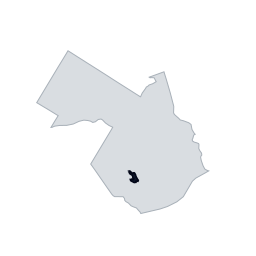 location of Momostenango, Totonicapán, Guatemala, rotated 301°
{"feature_id": "79465075B37040053715230", "entity_name": "Momostenango", "entity_type": "district", "adm_level": 2, "iso_a3": "GTM", "parent_name": "Guatemala", "parent_adm1": "Totonicapán", "projection": "equal_earth", "projection_center": [-91.39, 15.11], "detail": "fine", "context": "in_parent", "style": "filled", "palette": "ink", "viewbox_px": 256, "rotation_deg": 301, "n_neighbors": 0, "source": "geoboundaries", "source_scale": "gbopen_adm2", "svg_char_len": 3446}
<svg xmlns="http://www.w3.org/2000/svg" viewBox="0 0 256 256"><g transform="rotate(301 128 128)"><path d="M61.3,183.0L62.1,181.8L62.9,179.1L63.8,176.4L63.2,173.3L62.9,170.7L63.9,167.0L63.8,164.2L64.3,162.5L65.8,161.3L66.6,159.2L62.3,151.9L62.3,150.2L62.9,148.2L66.4,140.3L70.6,131.0L75.2,120.8L77.9,114.6L88.0,114.6L94.7,114.6L103.1,114.6L112.3,114.6L118.4,114.6L120.8,114.5L120.4,110.5L120.7,106.1L121.8,102.0L121.8,100.3L120.0,98.1L116.5,96.8L114.6,94.9L114.6,92.5L113.7,89.6L112.0,86.1L108.5,82.6L103.2,79.0L98.7,74.1L95.0,68.1L91.8,64.2L89.4,62.5L88.8,61.7L95.9,61.7L102.6,61.8L102.7,53.1L102.7,45.4L102.7,36.7L114.9,36.7L129.4,36.7L144.5,36.7L156.3,36.8L163.3,36.8L163.0,47.6L162.7,60.1L162.5,69.3L162.2,81.6L161.8,94.2L161.4,111.4L161.1,122.5L161.3,122.7L165.2,122.2L171.1,122.7L172.5,122.6L174.3,123.6L175.7,123.9L178.7,126.4L182.2,128.3L184.5,124.5L183.3,122.2L182.4,121.0L182.5,120.0L194.7,129.9L193.3,131.4L190.2,134.9L184.6,141.0L179.6,146.4L174.8,151.3L170.5,155.7L169.9,156.2L164.4,159.3L163.5,160.8L162.3,167.0L161.8,168.6L162.8,172.0L163.8,177.4L163.5,180.2L159.7,183.6L157.9,186.8L157.2,188.8L156.5,188.2L155.3,188.1L152.6,188.9L151.2,189.0L150.1,189.9L150.0,191.9L150.8,195.0L151.0,196.6L150.3,197.4L146.9,199.2L145.6,201.1L144.3,204.0L142.8,205.2L141.3,205.0L140.2,205.4L137.8,207.6L134.3,211.8L132.4,214.9L132.4,217.2L132.8,219.3L119.9,211.9L115.6,210.6L97.6,210.8L89.9,207.9L81.1,202.3L75.1,197.2L61.3,183.0Z" fill="#d9dde1" stroke="#a8b0b8" stroke-width="1"/><path d="M90.3,152.6L90.2,152.6L90.2,152.8L90.0,153.0L89.9,153.1L89.7,153.1L89.7,153.4L89.6,155.3L89.6,155.6L89.6,156.1L89.6,156.3L89.5,156.5L89.4,156.5L89.1,156.6L89.0,156.8L88.9,157.0L88.6,157.2L88.4,157.3L88.2,157.4L88.1,157.5L88.0,157.8L87.9,158.5L87.8,158.9L87.7,158.9L87.5,159.0L87.3,159.1L87.1,159.2L87.0,159.3L86.9,159.3L86.7,159.3L86.4,159.0L86.4,158.9L86.5,158.7L86.7,158.4L86.7,158.1L86.5,157.9L86.4,157.7L86.2,157.8L86.1,158.0L85.8,157.9L85.7,157.9L85.6,157.7L85.6,157.3L85.6,157.2L85.4,156.8L85.3,156.7L85.1,156.4L84.6,157.0L84.3,157.3L84.2,157.4L84.2,157.5L84.2,158.0L84.2,158.4L84.2,158.9L84.3,159.4L84.3,159.9L84.3,160.8L84.4,161.2L84.4,161.3L84.5,161.4L84.5,161.6L84.9,162.0L85.0,162.1L85.1,162.3L85.3,162.5L85.4,162.8L85.5,162.9L85.8,162.8L85.9,162.4L86.0,162.2L86.4,162.0L86.6,162.0L86.8,162.1L86.9,162.3L87.0,162.5L87.0,163.0L87.1,163.4L87.2,163.5L87.3,163.9L87.5,163.9L87.5,164.0L88.0,164.0L88.2,163.9L88.3,163.9L88.4,163.6L88.5,163.5L88.7,163.4L88.8,163.2L89.0,162.9L89.0,162.5L89.1,162.3L89.1,162.1L89.3,162.0L89.4,161.9L89.6,161.7L89.8,161.3L89.9,161.0L89.9,160.9L89.9,160.6L90.0,160.6L90.4,160.3L90.5,160.1L90.8,159.7L91.1,159.3L91.2,159.2L91.4,159.0L91.7,158.8L91.8,158.7L91.9,158.2L92.0,158.1L92.1,157.8L92.3,157.8L92.5,157.6L92.6,157.3L92.7,157.0L92.8,156.9L92.8,156.7L92.9,156.4L92.8,156.2L92.5,155.9L92.3,155.8L92.2,155.9L92.2,155.7L91.9,155.8L91.8,155.7L91.7,155.6L91.7,155.4L91.5,155.2L91.4,155.2L91.4,154.9L91.5,154.9L91.5,154.7L91.4,154.6L91.5,154.5L91.5,154.4L91.4,154.3L91.5,154.2L91.4,154.1L91.5,154.0L91.6,153.7L91.8,153.5L91.8,153.4L91.9,153.2L91.8,152.9L91.7,152.9L91.7,152.7L91.8,152.7L91.8,152.8L91.9,152.7L91.9,152.4L91.9,152.2L92.0,152.1L91.9,152.0L92.0,151.9L92.1,151.6L92.0,151.4L91.9,151.3L91.8,151.2L91.8,151.3L91.7,151.5L91.6,151.9L91.3,152.0L91.2,152.0L91.1,151.9L91.0,152.0L90.9,151.9L90.9,152.0L90.7,152.2L90.4,152.2L90.4,152.3L90.4,152.5L90.3,152.6Z" fill="#0f172a" stroke="#020617" stroke-width="1.5"/></g></svg>